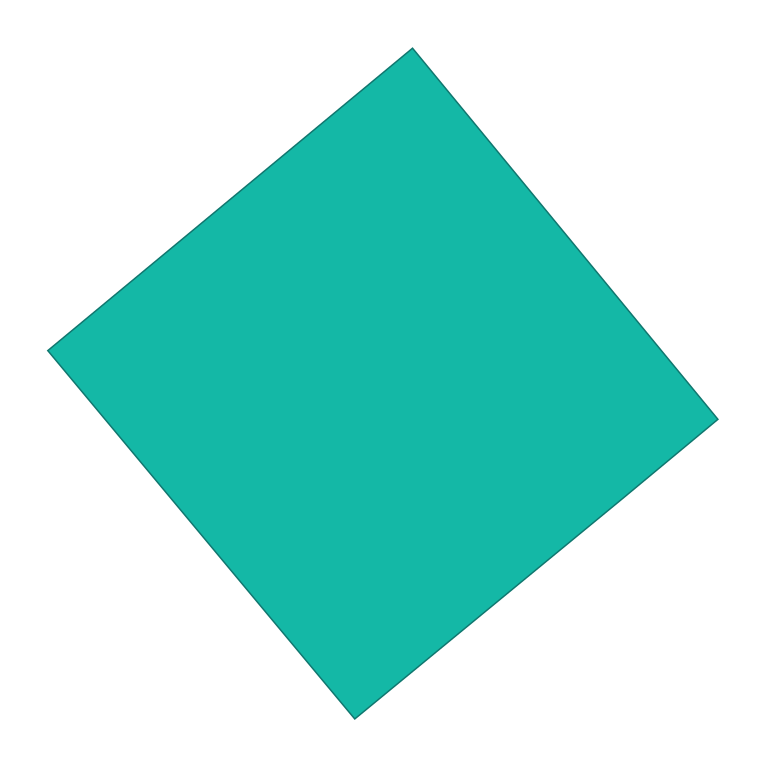 outline of Fisher, Texas, United States of America, rotated 140°
{"feature_id": "52423323B51130731271508", "entity_name": "Fisher", "entity_type": "district", "adm_level": 2, "iso_a3": "USA", "parent_name": "United States of America", "parent_adm1": "Texas", "projection": "robinson", "projection_center": [-100.464, 32.743], "detail": "fine", "context": "isolated", "style": "filled", "palette": "teal", "viewbox_px": 768, "rotation_deg": 140, "n_neighbors": 0, "source": "geoboundaries", "source_scale": "gbopen_adm2", "svg_char_len": 243}
<svg xmlns="http://www.w3.org/2000/svg" viewBox="0 0 768 768"><g transform="rotate(140 384 384)"><path d="M150.9,142.3L146.3,622.9L620.1,625.7L621.7,146.2L276.7,142.9L150.9,142.3Z" fill="#14b8a6" stroke="#0f766e" stroke-width="1.5"/></g></svg>